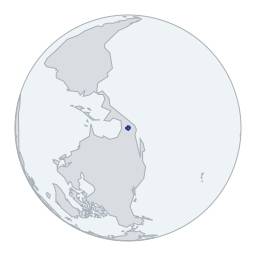 Guanajuato on an orthographic globe, rotated 203°
{"feature_id": "MEX-2728", "entity_name": "Guanajuato", "entity_type": "State", "adm_level": 1, "iso_a3": "MEX", "parent_name": "Mexico", "parent_adm1": "", "projection": "orthographic", "projection_center": [-100.934, 20.889], "detail": "coarse", "context": "on_globe", "style": "filled", "palette": "blue", "viewbox_px": 256, "rotation_deg": 203, "n_neighbors": 0, "source": "natural_earth", "source_scale": "10m", "svg_char_len": 9063}
<svg xmlns="http://www.w3.org/2000/svg" viewBox="0 0 256 256"><g transform="rotate(203 128 128)"><circle cx="128" cy="128" r="113" fill="#eef3f6" stroke="#a8b0b8"/><path d="M21.7,164.4L22.0,165.3L21.7,164.4ZM171.1,149.4L168.6,148.6L166.3,152.2L157.2,148.0L153.5,141.8L123.2,133.1L119.6,129.7L118.8,124.1L105.1,105.7L112.7,123.1L108.0,119.7L103.7,113.5L105.4,112.0L101.4,102.9L96.8,99.4L93.8,88.0L97.7,74.1L99.7,76.3L100.4,73.0L98.0,70.1L96.3,69.1L95.5,56.4L88.5,49.6L83.3,50.7L86.7,48.2L74.9,52.8L69.1,52.7L77.5,51.0L79.7,49.4L76.8,48.2L78.5,46.4L78.0,44.9L80.3,43.0L85.0,42.5L86.5,41.4L84.3,40.6L85.2,38.5L88.2,39.7L90.1,36.2L98.3,35.5L104.4,41.6L110.8,40.7L122.0,46.2L122.8,44.5L127.6,45.9L130.3,44.7L131.6,46.4L132.7,44.0L131.0,42.7L130.9,41.3L132.3,40.5L134.2,42.4L133.8,43.1L135.1,43.3L135.4,44.6L136.1,43.5L138.3,46.1L138.3,42.5L141.8,43.7L142.7,45.8L139.7,46.9L134.4,55.4L134.3,58.4L137.2,61.2L148.6,63.4L149.7,66.4L153.3,69.5L154.0,67.0L151.5,63.8L153.7,60.4L150.2,57.2L150.6,55.5L148.3,52.0L151.7,51.2L156.4,52.5L158.5,55.5L160.6,56.2L161.0,52.6L167.4,57.7L175.8,60.6L177.1,62.3L175.2,66.5L168.9,68.3L166.3,75.1L171.1,69.5L174.3,74.3L176.1,74.8L177.8,74.0L177.8,71.9L179.5,73.4L175.5,79.2L173.8,77.8L175.1,75.9L172.2,77.0L169.5,81.4L171.3,83.8L165.3,89.1L166.5,90.9L165.9,93.3L164.3,89.9L167.0,96.4L160.2,105.4L163.8,117.2L156.9,108.7L152.4,108.3L147.2,109.2L147.7,111.1L140.1,110.5L134.2,115.2L133.6,124.9L137.4,131.9L145.6,131.4L147.4,127.1L153.1,125.6L150.5,137.0L160.7,137.2L160.5,145.4L163.7,149.1L168.5,147.3L173.5,148.4L176.5,143.2L181.6,139.6L182.3,146.0L184.7,139.5L187.9,141.9L197.7,139.1L197.1,140.8L205.5,145.9L213.6,146.2L215.4,150.1L214.6,153.3L217.1,153.0L217.2,154.8L226.4,152.7L230.2,154.5L229.5,160.7L225.1,170.0L218.5,185.9L209.9,194.1L205.9,200.2L196.1,210.0L191.2,211.3L190.7,214.2L186.5,217.2L182.7,218.4L180.5,220.9L177.7,221.7L178.5,222.7L171.7,226.5L171.1,228.3L165.6,231.1L165.3,231.9L164.0,232.2L162.1,232.9L161.2,233.5L158.2,233.3L159.8,231.0L162.7,229.4L161.0,229.5L167.3,225.1L164.8,226.2L169.2,220.0L174.8,213.9L182.2,196.1L180.9,192.8L173.9,189.9L165.7,176.8L168.6,170.3L166.5,167.7L173.4,157.6L171.1,149.4ZM41.0,115.8L41.5,113.2L42.2,115.2L41.0,115.8ZM41.2,111.4L41.1,112.3L41.0,111.5L41.2,111.4ZM40.6,110.7L41.0,111.2L40.5,110.9L40.6,110.7ZM39.8,110.0L40.3,110.3L40.2,110.3L39.8,110.0ZM164.0,121.3L175.6,125.2L169.7,127.0L170.7,125.7L167.6,123.8L162.1,122.5L156.7,124.6L164.0,121.3ZM38.9,108.2L38.6,107.7L39.2,107.7L38.9,108.2ZM167.5,113.9L165.6,113.8L167.4,113.5L167.5,113.9ZM95.2,69.0L97.8,70.3L99.4,73.7L97.0,72.8L95.2,69.0ZM92.5,63.0L94.2,62.9L93.2,66.1L92.5,65.2L92.5,63.0ZM79.1,52.1L80.9,52.6L78.6,52.7L79.1,52.1ZM77.5,45.1L76.5,45.6L76.7,44.6L77.5,45.1ZM146.6,52.7L147.4,52.4L147.4,53.2L146.6,52.7ZM144.8,51.6L144.1,52.8L143.2,52.5L143.6,51.7L144.8,51.6ZM80.4,40.9L81.0,39.4L81.2,40.8L80.4,40.9ZM145.7,50.3L141.6,51.7L139.9,51.2L140.0,48.0L145.7,50.3ZM81.9,38.5L83.4,35.2L81.2,35.9L88.3,32.5L84.7,36.2L85.2,37.7L83.6,37.6L81.9,38.5ZM129.8,42.6L131.7,43.9L128.8,43.6L129.8,42.6ZM128.0,42.8L119.2,44.4L117.1,42.3L120.5,42.1L116.7,40.2L120.0,38.4L122.8,39.0L123.5,40.7L124.3,38.7L128.0,42.8ZM92.0,31.3L93.0,30.6L92.8,31.3L92.0,31.3ZM130.6,40.7L129.0,41.1L127.1,39.3L130.0,38.2L129.7,39.1L130.6,40.7ZM114.1,40.7L113.2,39.3L115.6,37.4L115.6,36.6L119.9,38.2L114.1,40.7ZM130.8,39.1L131.4,37.7L133.7,37.9L132.0,40.2L130.8,39.1ZM125.4,39.4L124.6,38.5L126.0,38.6L125.4,39.4ZM141.9,38.2L140.0,38.5L138.9,37.6L141.9,38.2ZM131.5,37.1L130.8,37.1L130.1,36.8L131.0,35.9L131.5,37.1ZM121.4,36.8L122.6,36.4L119.7,36.1L121.4,34.8L124.0,36.1L123.6,35.0L124.1,34.6L125.7,36.2L121.4,36.8ZM129.8,34.3L133.7,35.8L137.4,35.3L138.5,36.1L132.4,36.8L129.8,34.3ZM127.2,35.2L129.1,34.8L129.6,35.9L128.6,36.9L127.2,35.2ZM121.7,33.5L118.4,35.1L117.9,34.8L121.7,33.5ZM130.8,33.9L129.9,33.6L131.0,33.7L130.8,33.9ZM124.4,33.3L123.3,33.9L122.8,33.5L124.4,33.3ZM128.9,32.5L130.1,32.9L129.5,33.6L128.9,32.5ZM126.7,32.7L126.3,32.0L128.5,33.5L126.3,33.0L126.7,32.7ZM124.1,32.9L123.4,32.8L124.6,32.7L124.1,32.9ZM130.5,30.0L133.4,31.8L132.0,33.1L129.4,31.2L130.5,30.0ZM162.4,233.9L158.1,233.6L160.9,233.7L164.5,232.2L166.2,232.7L162.4,233.9ZM172.5,229.8L175.7,228.5L175.9,228.6L173.8,229.6L172.5,229.8ZM204.1,45.0L203.8,44.7L207.8,49.0L217.3,60.2L218.8,63.1L218.1,63.7L210.3,55.4L207.9,50.1L205.1,47.6L201.9,46.0L201.4,44.7L199.8,43.6L198.6,41.8L193.1,37.4L191.3,35.6L185.7,32.4L183.9,31.2L187.8,33.3L189.4,34.1L184.4,30.5L182.4,29.4L179.2,27.7L178.2,27.2L175.7,26.0L171.1,23.9L174.6,25.7L170.9,24.4L166.2,22.5L165.6,22.5L173.2,25.6L175.7,26.6L176.8,26.9L184.1,30.5L186.5,32.2L181.3,29.9L184.3,32.2L178.9,29.9L161.6,22.3L156.2,20.2L154.6,18.7L157.9,19.5L160.1,20.3L161.3,20.4L159.6,19.9L158.8,19.7L155.0,18.7L154.3,18.5L152.0,18.1L150.6,17.7L152.1,18.0L145.4,16.8L141.7,16.2L140.5,16.1L140.3,16.1L137.0,15.7L145.3,16.7L153.4,18.3L161.4,20.4L169.2,23.2L176.8,26.5L184.1,30.3L191.2,34.7L197.8,39.6L204.1,45.0ZM135.3,15.6L136.3,15.7L135.8,15.7L133.2,15.8L131.8,15.6L132.5,15.6L132.0,15.4L135.3,15.6ZM131.2,15.4L131.7,15.5L130.6,15.6L129.7,15.4L129.9,15.5L128.9,15.5L126.5,15.5L127.2,15.7L117.7,17.4L112.2,17.9L112.5,17.3L104.4,19.4L98.7,20.5L99.9,20.5L96.8,22.0L98.5,21.6L98.8,21.8L91.6,26.3L88.8,27.5L87.1,30.1L87.7,30.2L89.7,29.4L88.3,32.5L81.2,35.9L80.2,35.4L76.5,38.1L74.7,36.9L71.5,37.4L71.7,35.0L69.2,35.9L68.0,36.9L63.6,39.2L58.8,40.8L67.9,35.0L76.2,33.1L73.3,33.3L75.5,32.1L75.4,31.5L73.2,31.9L72.0,32.7L76.3,28.4L74.2,29.0L81.8,25.3L89.7,22.1L97.7,19.5L106.0,17.5L114.3,16.2L122.8,15.5L131.2,15.4ZM72.9,29.7L70.4,31.2L66.9,33.4L65.8,34.1L72.9,29.7ZM240.1,117.4L239.8,116.0L236.2,105.8L234.6,98.8L231.9,92.7L219.1,63.7L219.0,62.4L214.5,55.8L219.7,62.5L224.3,69.6L228.4,77.0L232.0,84.7L234.9,92.6L237.3,100.7L239.0,109.0L240.1,117.4ZM226.6,75.8L227.7,77.7L226.6,75.8ZM198.0,138.9L199.3,139.8L197.8,140.3L198.0,138.9ZM169.3,129.8L171.5,129.6L172.9,130.4L171.2,131.0L169.3,129.8ZM187.5,126.2L189.9,126.2L187.5,127.3L187.5,126.2ZM177.3,125.6L185.5,126.5L180.9,129.5L175.7,129.0L179.1,127.7L177.3,125.6ZM167.2,118.0L168.7,118.2L168.6,119.5L167.2,118.0ZM168.9,113.7L168.3,113.9L167.4,113.1L168.9,113.7ZM174.5,74.0L174.9,73.6L176.8,73.3L176.3,74.3L174.5,74.0ZM182.7,67.3L185.3,70.0L183.1,68.6L182.9,70.4L178.1,70.1L177.5,63.1L178.6,66.2L182.7,67.3ZM171.4,68.1L174.5,68.8L171.1,68.4L171.4,68.1ZM192.3,40.3L193.0,40.1L195.3,41.7L197.6,44.9L194.4,42.5L192.3,40.3ZM193.6,39.6L187.7,37.0L186.1,35.3L188.0,36.6L187.5,35.7L190.4,37.7L194.6,38.9L196.8,40.5L199.9,44.9L197.6,42.4L197.0,42.6L193.6,39.6ZM175.8,36.4L173.2,36.0L172.9,32.5L175.3,33.3L177.8,36.2L176.4,37.1L175.8,36.4ZM146.7,44.7L145.8,45.3L145.3,44.7L145.6,43.7L146.7,44.7ZM141.1,38.5L150.4,41.5L149.7,42.3L155.9,43.5L156.7,46.2L152.6,45.2L157.8,48.4L154.5,48.7L158.2,50.7L149.2,48.3L146.4,48.9L149.2,47.1L148.6,44.6L147.5,43.7L142.3,41.6L136.0,42.0L134.4,39.8L134.9,38.2L136.2,37.8L136.8,39.3L138.1,37.6L140.0,39.5L141.1,38.5ZM142.0,24.5L142.3,25.7L145.1,24.1L147.0,25.4L147.2,25.1L149.7,26.0L153.1,26.7L153.6,27.3L154.7,27.3L156.4,28.0L158.2,28.3L159.6,29.7L161.8,30.2L161.2,30.6L164.6,31.2L162.7,31.5L164.7,32.6L165.5,31.7L169.0,40.3L171.9,44.2L175.4,47.5L171.6,47.9L165.9,45.4L159.9,41.6L157.6,38.0L156.3,39.0L154.9,37.7L156.5,37.4L153.1,37.0L152.3,35.9L147.0,33.5L142.6,34.0L140.5,33.3L141.8,32.6L138.8,32.4L140.0,30.6L138.5,30.1L138.2,28.0L141.6,27.1L139.7,26.7L139.4,25.2L142.0,24.5ZM130.6,29.4L134.3,27.7L137.1,27.6L136.5,31.4L137.7,32.1L137.4,34.8L133.2,34.9L133.7,34.1L133.2,33.3L134.7,33.6L133.1,32.8L133.7,31.7L132.6,30.9L134.1,30.5L130.6,29.4ZM208.7,49.4L208.4,49.1L208.2,48.9L208.7,49.4ZM207.1,47.8L206.6,47.3L205.2,46.0L206.3,47.0L207.1,47.8ZM186.8,32.6L185.7,31.8L186.3,32.1L187.8,33.0L186.8,32.6ZM150.7,21.2L150.4,21.6L149.6,21.5L146.8,21.8L145.2,21.1L146.2,20.6L150.7,21.2ZM148.4,20.5L147.5,20.7L147.3,20.2L148.4,20.5ZM143.9,20.6L143.3,20.0L144.7,21.1L143.9,20.6ZM133.1,16.4L138.7,16.5L141.7,16.6L141.6,16.3L144.1,16.9L139.5,16.8L133.1,16.4ZM119.8,17.2L119.9,17.7L118.2,17.8L118.0,17.6L119.8,17.2ZM121.0,17.4L124.0,17.7L123.0,18.1L120.8,17.8L121.0,17.4ZM136.4,18.4L138.2,18.4L138.4,18.7L136.4,18.4ZM21.7,165.2L22.4,167.1L22.1,166.3L21.7,165.2ZM22.0,165.3L21.6,164.5L21.7,164.4L22.0,165.3ZM63.9,35.4L68.2,32.6L69.2,32.1L60.7,37.7L61.9,36.8L61.6,37.0L63.9,35.4ZM92.0,30.6L92.9,30.6L91.7,31.1L92.0,30.6ZM99.9,21.6L100.1,21.8L98.6,22.3L99.9,21.6ZM100.0,23.0L101.5,22.3L100.5,23.1L100.0,23.0ZM104.7,20.8L102.3,22.0L103.7,20.8L104.7,20.8Z" fill="#d9dde1" stroke="#a8b0b8" stroke-width="1"/><path d="M130.1,127.0L130.2,127.3L130.0,127.5L129.6,127.4L129.5,127.9L129.1,128.0L128.9,127.8L128.8,128.0L128.7,128.5L128.9,129.0L129.2,129.3L129.0,129.5L129.0,129.8L128.8,129.9L128.7,129.9L128.3,129.9L128.2,129.8L127.9,129.9L127.9,129.7L127.6,129.5L127.2,129.7L127.1,129.3L127.2,129.2L126.7,129.1L126.6,129.4L126.2,129.4L126.1,129.0L126.0,128.9L125.9,129.0L126.1,128.6L125.9,128.2L126.3,127.5L126.8,127.1L126.7,126.7L126.9,126.5L126.8,126.3L126.9,126.1L127.3,126.1L127.4,126.3L127.9,126.3L128.6,126.8L128.8,126.8L129.0,126.4L130.1,127.0Z" fill="#3b82f6" stroke="#1e3a8a" stroke-width="1.5"/></g></svg>